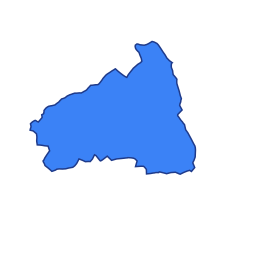 outline of Aqra, Ninawa, Iraq, rotated 41°
{"feature_id": "34846034B43190647810772", "entity_name": "Aqra", "entity_type": "district", "adm_level": 2, "iso_a3": "IRQ", "parent_name": "Iraq", "parent_adm1": "Ninawa", "projection": "natural_earth1", "projection_center": [43.799, 36.668], "detail": "fine", "context": "isolated", "style": "filled", "palette": "blue", "viewbox_px": 256, "rotation_deg": 41, "n_neighbors": 0, "source": "geoboundaries", "source_scale": "gbopen_adm2", "svg_char_len": 3309}
<svg xmlns="http://www.w3.org/2000/svg" viewBox="0 0 256 256"><g transform="rotate(41 128 128)"><path d="M79.7,91.6L79.4,92.2L79.3,92.7L79.1,93.5L78.5,95.2L77.9,97.6L76.9,101.0L76.6,102.7L76.6,104.8L76.6,106.9L76.9,109.0L77.1,111.7L77.1,113.7L77.0,114.7L76.8,114.9L76.5,115.4L76.4,115.5L75.5,116.3L74.6,117.3L73.1,119.0L71.9,120.2L71.8,120.3L71.8,122.0L71.7,124.4L71.8,126.0L71.7,126.9L71.5,127.4L71.3,127.8L71.2,128.4L70.7,129.5L70.4,130.5L69.8,132.1L69.6,132.4L68.7,133.0L68.0,133.7L67.3,134.4L66.6,135.2L65.7,136.0L64.9,136.7L64.4,137.5L63.9,138.3L63.1,139.8L62.4,140.9L62.1,141.5L61.7,142.5L61.3,143.3L61.1,143.9L60.9,144.9L60.8,145.6L60.6,146.5L60.4,147.0L59.5,148.6L58.9,149.5L58.8,149.8L58.8,150.5L58.7,152.1L58.7,153.3L58.7,153.9L58.6,154.3L58.3,155.5L58.0,156.8L57.8,158.1L57.7,158.6L57.2,159.3L56.4,160.4L56.0,161.0L55.6,161.5L54.8,162.4L54.2,163.3L53.9,163.6L53.4,165.0L53.2,165.8L53.0,166.9L53.0,167.8L53.1,168.8L53.1,169.8L53.6,170.4L54.2,171.2L54.4,171.8L54.9,172.4L54.7,173.4L54.2,174.6L55.9,176.0L56.3,176.5L56.4,182.2L55.2,182.7L53.4,182.9L52.9,183.2L52.4,184.3L51.9,185.9L51.7,187.1L51.6,188.8L53.4,190.1L54.2,191.0L55.0,193.0L55.6,193.9L57.0,193.1L58.5,192.4L62.7,192.4L64.8,194.2L65.7,195.2L67.1,197.1L68.0,198.1L69.1,199.0L70.6,200.3L72.9,198.5L74.9,197.2L76.6,196.2L79.6,194.1L81.6,195.3L83.9,196.7L83.9,197.6L84.4,202.0L84.9,205.4L85.5,207.3L85.5,208.6L86.5,209.2L88.3,209.8L89.8,210.7L90.3,210.8L94.0,210.6L96.2,210.6L97.5,210.6L98.9,210.7L99.4,210.0L100.9,207.3L101.3,205.8L102.9,204.0L105.4,202.0L107.8,199.6L109.5,197.1L112.1,193.9L112.6,191.6L112.6,189.8L112.5,188.3L111.7,185.0L111.3,183.5L115.3,182.1L117.9,181.4L119.9,179.4L121.5,178.1L121.5,174.8L120.3,170.2L121.2,170.0L121.8,169.8L128.3,171.0L128.9,170.7L129.0,170.7L129.6,168.9L130.8,163.0L130.8,162.9L136.8,163.2L139.7,158.8L139.8,158.7L143.6,154.7L146.9,151.1L147.0,151.1L147.1,150.9L147.3,150.5L150.0,148.4L152.1,147.1L153.7,146.7L156.5,146.9L157.8,149.7L159.0,152.2L163.0,148.2L164.9,146.7L166.3,146.7L169.0,147.2L172.1,150.5L173.6,148.9L175.0,147.4L176.4,145.6L177.2,144.8L178.3,143.3L180.4,141.5L180.4,140.6L181.2,140.1L182.8,139.3L185.7,137.8L187.1,137.2L188.1,135.7L189.6,133.5L191.4,131.7L192.9,130.2L194.1,129.9L194.5,129.7L196.2,129.2L196.8,129.0L197.7,128.6L199.3,124.8L201.1,121.3L201.9,120.2L202.3,119.5L204.4,119.2L204.3,114.1L199.8,111.8L199.4,110.8L199.0,109.1L197.7,105.8L194.6,101.9L193.4,100.4L191.7,98.7L190.3,97.7L188.6,97.1L182.8,94.8L176.4,92.4L174.8,92.0L172.7,91.5L168.3,88.3L166.8,88.2L165.1,87.7L163.1,87.5L158.4,86.3L157.5,86.2L156.7,85.2L157.0,78.9L155.4,78.3L154.3,77.9L153.0,77.4L152.2,77.1L151.4,75.8L150.7,73.8L149.8,72.5L149.0,70.8L146.3,69.3L142.3,66.5L137.6,63.6L135.7,62.4L134.6,61.3L133.6,60.1L132.9,59.1L130.7,58.6L127.1,58.1L126.4,57.5L125.5,56.8L124.1,55.5L122.8,54.8L121.2,54.0L120.0,52.9L119.5,52.2L118.4,50.7L118.6,49.7L115.0,50.0L111.4,49.7L108.0,48.5L104.7,47.7L100.2,46.4L96.4,45.4L94.4,45.2L91.5,45.9L89.4,46.9L88.2,50.7L87.3,52.8L85.9,54.9L82.5,57.3L80.5,58.1L79.6,58.7L79.2,60.7L80.0,61.9L81.6,63.0L82.9,63.4L85.3,63.7L86.6,63.7L88.9,65.0L92.3,66.7L94.6,68.5L94.6,70.4L93.6,73.6L93.2,76.7L92.8,79.5L92.9,80.6L93.0,83.3L93.2,87.4L93.9,90.6L93.6,90.7L91.9,91.1L89.3,91.4L86.2,91.6L82.6,91.7L79.7,91.6L79.7,91.6Z" fill="#3b82f6" stroke="#1e3a8a" stroke-width="1.5"/></g></svg>